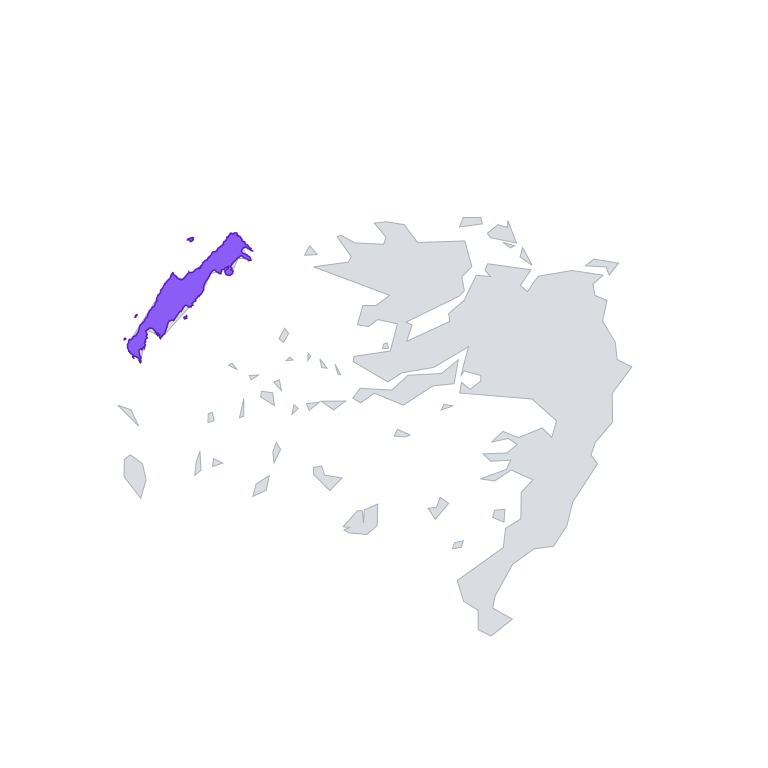 Kritis, Kriti, Greece shown in context, rotated 127°
{"feature_id": "26713481B79456911033966", "entity_name": "Kritis", "entity_type": "district", "adm_level": 2, "iso_a3": "GRC", "parent_name": "Greece", "parent_adm1": "Kriti", "projection": "orthographic", "projection_center": [24.889, 35.249], "detail": "fine", "context": "in_parent", "style": "filled", "palette": "violet", "viewbox_px": 768, "rotation_deg": 127, "n_neighbors": 0, "source": "geoboundaries", "source_scale": "gbopen_adm2", "svg_char_len": 9838}
<svg xmlns="http://www.w3.org/2000/svg" viewBox="0 0 768 768"><g transform="rotate(127 384 384)"><path d="M494.6,140.0L520.9,146.9L523.5,160.9L508.1,172.6L509.6,189.6L496.8,207.2L442.8,190.3L426.2,200.0L409.3,193.6L388.0,209.2L370.9,207.4L376.2,230.7L394.8,237.2L401.8,250.0L378.7,234.9L368.6,236.9L381.4,252.2L380.2,262.7L365.1,244.3L352.3,241.3L352.5,251.8L365.4,263.0L350.3,260.6L346.0,244.5L323.9,231.2L325.6,217.8L309.6,224.1L306.8,256.5L345.6,318.1L336.0,323.1L336.6,312.1L323.5,308.4L318.9,311.7L321.4,318.0L325.5,327.9L331.1,327.5L303.4,339.0L340.8,354.3L364.4,376.5L380.1,382.2L384.6,422.2L379.9,424.5L353.9,398.8L327.8,409.5L336.4,427.9L347.5,430.9L352.6,440.9L334.0,448.1L326.0,437.5L309.8,432.9L332.8,510.8L308.2,485.9L302.0,486.7L294.6,510.1L291.2,508.0L288.7,491.9L272.6,468.3L265.4,470.9L261.3,488.6L252.9,479.5L244.6,463.8L250.8,442.3L221.1,405.5L237.4,384.5L251.5,386.5L261.1,376.0L268.3,376.7L321.4,403.7L320.0,397.1L336.3,391.6L294.5,369.1L288.7,374.8L269.1,370.3L241.6,375.8L234.2,363.8L232.3,371.8L225.6,373.6L204.3,335.3L223.2,334.5L224.0,325.1L205.3,325.8L180.2,302.2L165.3,274.5L178.6,277.3L186.3,268.9L183.1,256.2L202.3,247.3L211.4,224.5L224.1,212.6L221.2,196.4L254.0,196.2L276.9,178.5L303.5,180.1L316.0,176.1L319.4,165.4L364.7,162.3L387.2,152.6L411.7,151.0L425.2,164.9L450.6,172.8L486.3,167.7L497.5,162.4L494.6,140.0ZM371.6,576.0L389.7,571.9L386.3,579.0L400.4,588.7L421.6,584.2L479.9,589.4L483.6,605.3L514.0,591.3L505.4,612.5L426.1,618.9L420.9,607.9L406.7,602.8L356.4,595.5L355.3,575.9L361.2,577.4L365.0,567.4L371.6,576.0ZM341.6,328.2L356.0,343.8L389.2,355.8L397.2,386.2L413.2,391.4L414.0,400.4L401.8,400.5L384.2,374.1L362.6,370.1L341.0,344.4L320.0,339.2L341.6,328.2ZM514.6,307.2L524.1,322.6L524.6,328.1L519.3,325.1L522.6,330.8L501.3,328.9L498.3,325.0L507.3,316.6L496.4,324.0L483.7,316.7L501.2,304.3L514.6,307.2ZM600.6,545.9L593.3,544.1L592.9,529.0L603.8,516.3L621.7,509.5L614.4,535.9L600.6,545.9ZM498.4,386.0L493.1,390.1L487.1,384.4L492.5,376.5L484.3,361.0L501.7,363.1L498.4,386.0ZM191.7,363.0L203.1,387.1L201.4,392.1L188.3,389.0L184.7,379.8L179.0,383.4L191.7,363.0ZM168.4,294.2L158.0,291.6L146.3,269.4L161.5,269.7L156.8,277.0L168.4,294.2ZM461.1,261.6L456.8,274.0L450.9,267.9L440.7,270.9L440.5,260.5L461.1,261.6ZM539.6,414.1L552.7,421.1L541.0,425.9L526.1,420.6L539.6,414.1ZM425.1,217.1L418.2,219.6L411.3,212.0L422.2,205.0L425.1,217.1ZM197.0,401.9L213.2,418.2L203.3,420.9L192.8,407.0L197.0,401.9ZM468.5,474.8L463.5,477.5L458.0,467.6L467.2,458.6L468.5,474.8ZM435.1,408.6L435.4,423.6L420.8,404.5L435.1,408.6ZM565.3,554.6L561.1,583.8L556.9,570.5L565.3,554.6ZM200.6,351.8L191.6,355.4L200.1,337.3L200.6,351.8ZM329.0,525.0L318.3,526.6L320.8,515.2L329.0,525.0ZM548.3,490.7L563.0,478.3L570.8,480.2L559.6,486.9L548.3,490.7ZM495.4,434.8L498.5,427.3L513.3,424.3L505.2,431.9L495.4,434.8ZM450.9,462.1L448.9,473.2L443.6,470.1L450.9,462.1ZM450.2,427.9L446.3,434.0L437.3,424.7L450.2,427.9ZM419.5,344.6L412.1,346.0L409.1,332.5L413.4,335.2L419.5,344.6ZM474.3,230.2L468.2,232.1L461.4,226.3L467.9,224.0L474.3,230.2ZM411.3,489.3L411.0,495.0L399.3,496.9L401.1,490.6L411.3,489.3ZM497.9,479.1L479.8,487.3L494.2,476.7L497.9,479.1ZM403.9,426.6L397.6,435.1L402.7,424.2L403.9,426.6ZM463.6,439.2L454.8,443.3L455.1,437.9L463.6,439.2ZM520.7,501.3L513.4,506.6L509.9,504.1L515.5,497.6L520.7,501.3ZM553.0,471.2L546.3,475.3L544.3,465.3L553.0,471.2ZM408.4,443.7L402.6,450.3L405.6,438.9L408.4,443.7ZM199.2,365.0L199.3,374.4L195.0,362.8L199.2,365.0ZM460.7,492.6L458.3,496.7L452.4,489.7L460.7,492.6ZM370.4,322.7L364.1,324.0L360.2,315.9L370.4,322.7ZM356.6,406.6L351.8,408.2L349.2,406.1L352.9,401.9L356.6,406.6ZM411.0,459.0L405.1,463.2L406.0,459.3L411.0,459.0ZM460.9,509.8L462.5,519.3L458.8,517.9L460.9,509.8ZM424.2,476.2L419.3,475.5L419.6,471.1L424.2,476.2Z" fill="#d9dde1" stroke="#a8b0b8" stroke-width="1"/><path d="M369.3,576.0L367.9,575.6L367.3,575.1L367.3,571.6L367.0,569.4L366.5,568.0L366.5,567.4L367.1,566.5L365.1,564.7L363.6,566.9L363.2,568.5L363.8,570.0L363.3,570.7L363.5,571.7L363.6,572.4L364.0,573.0L364.2,574.5L364.5,575.2L364.0,577.5L363.8,577.9L361.9,578.4L360.2,578.4L359.5,578.2L358.8,577.4L357.7,576.9L357.8,573.9L357.4,573.3L357.3,571.9L357.5,571.4L357.5,570.6L357.1,569.5L356.9,569.3L357.1,570.5L356.7,571.3L356.4,572.7L356.2,572.0L355.8,571.9L356.1,572.9L356.1,574.0L355.6,574.9L355.2,576.4L355.3,577.7L355.8,578.5L355.7,579.3L354.4,580.5L354.3,580.8L354.6,582.0L355.0,582.0L355.1,583.7L354.7,584.3L353.8,584.5L353.7,585.1L354.0,585.8L353.1,586.7L353.1,587.3L352.8,588.1L353.3,588.9L353.0,589.8L353.3,590.3L353.8,590.4L353.8,590.9L353.6,591.2L352.5,591.5L352.0,592.4L353.0,594.1L353.5,594.6L354.6,594.7L355.6,595.2L355.6,595.8L355.3,596.1L355.3,596.6L356.2,597.4L356.3,597.0L356.6,597.0L358.3,597.3L360.3,596.9L361.0,597.2L361.3,597.5L361.1,597.9L361.4,597.9L361.5,597.5L362.1,597.0L362.8,596.9L363.6,597.0L364.3,596.8L365.5,596.9L366.4,597.5L367.4,597.5L368.6,596.4L369.2,596.3L370.6,596.5L372.2,597.2L373.3,597.2L375.4,598.3L376.8,598.0L377.1,597.7L378.7,597.6L379.3,597.8L380.0,598.4L381.0,599.9L382.7,600.3L384.9,599.7L385.7,599.9L387.6,599.7L387.9,600.3L388.7,600.5L391.2,599.9L393.2,601.3L394.4,601.2L396.3,601.8L397.5,601.0L398.4,600.8L400.2,601.2L401.1,600.6L402.3,600.5L402.8,600.7L403.0,601.3L402.6,601.7L403.8,602.2L405.9,603.4L406.7,603.6L407.8,603.4L410.0,604.0L412.0,606.4L412.2,606.9L412.1,607.1L412.9,606.7L413.9,607.3L415.0,607.1L417.1,607.4L418.7,607.3L419.5,607.5L420.0,607.3L420.9,607.7L421.7,607.7L422.5,608.3L423.4,610.2L423.9,613.5L423.1,614.0L423.0,614.7L423.3,615.5L423.2,616.2L423.0,616.7L423.4,617.5L423.1,618.3L422.2,619.1L422.3,619.8L422.9,619.5L423.5,619.7L424.6,619.4L424.9,619.6L425.8,619.6L426.7,618.8L428.5,618.4L431.6,619.2L432.2,619.1L433.3,619.3L434.7,619.0L435.1,619.1L435.2,619.5L435.7,619.6L435.7,619.1L436.0,619.0L438.7,619.1L440.4,618.3L443.4,618.9L443.9,618.7L444.8,617.9L445.7,617.6L447.4,617.5L448.6,617.7L448.7,618.0L449.1,618.1L449.8,617.7L452.2,617.1L453.3,616.5L453.6,616.4L454.0,615.5L454.4,615.2L456.9,615.5L459.3,614.3L460.7,614.5L462.0,615.2L464.0,614.8L467.1,615.4L468.2,614.8L469.5,614.9L470.1,614.4L471.0,614.3L472.3,613.6L476.2,613.8L476.8,613.3L477.7,613.1L480.4,613.7L480.8,613.4L481.2,613.4L482.7,614.0L483.9,614.1L484.9,613.9L486.7,612.9L489.8,611.9L491.8,611.5L493.5,611.7L494.4,611.1L494.9,611.2L495.8,612.1L497.3,612.7L499.5,612.3L500.8,612.5L501.4,613.4L501.2,613.8L501.3,614.1L502.7,614.0L503.9,613.7L504.1,613.2L505.1,612.8L507.0,612.7L508.3,611.2L509.1,611.1L510.7,608.3L511.5,607.5L511.1,606.5L511.8,606.0L512.0,605.5L511.9,605.0L512.1,604.2L511.7,603.1L511.9,601.8L512.4,601.4L513.2,601.5L514.0,600.8L513.9,599.6L513.1,600.4L511.8,599.9L511.2,599.0L511.1,598.5L511.5,598.3L511.5,598.0L510.9,595.2L511.2,594.4L512.3,594.0L512.6,593.2L513.7,592.0L513.6,591.3L513.4,591.2L511.9,591.8L511.9,592.1L512.7,592.1L512.9,592.3L511.4,592.8L511.5,593.0L512.2,593.1L512.3,593.3L512.1,593.5L510.5,593.9L510.3,594.5L509.8,594.3L509.6,593.8L509.0,594.0L508.9,594.3L509.1,594.6L508.4,595.2L508.6,595.7L508.6,596.0L508.1,596.6L507.6,596.8L507.1,597.6L506.4,598.0L505.4,599.5L503.7,599.9L502.2,599.5L501.8,599.1L502.4,597.9L501.9,597.6L501.0,598.2L499.6,598.3L499.0,597.5L499.3,597.1L498.8,597.3L498.5,597.9L497.3,597.6L496.1,598.6L495.8,599.5L495.4,599.8L494.1,600.1L493.9,599.7L493.5,599.7L492.9,600.9L492.5,601.1L490.7,601.2L489.6,600.7L489.3,601.2L489.3,601.8L488.6,602.7L488.0,602.9L487.3,602.7L486.9,602.9L485.6,605.5L484.9,606.2L484.3,606.2L484.2,605.9L483.5,605.9L483.1,605.6L481.6,605.0L479.9,604.9L479.8,604.7L479.9,603.7L479.0,602.3L478.8,601.6L479.3,600.8L479.2,600.2L479.4,599.7L479.2,599.2L479.1,598.5L480.1,598.1L480.5,597.6L480.1,596.8L480.0,595.7L479.6,595.5L479.5,595.1L479.8,593.9L479.7,592.6L481.8,591.4L482.1,590.7L482.2,589.8L481.3,590.1L478.9,590.0L478.1,590.2L475.8,589.4L475.1,589.9L472.0,590.6L470.8,591.4L469.2,591.4L468.3,592.2L467.4,592.3L465.9,593.1L463.1,593.4L462.3,593.2L461.9,592.5L460.8,592.0L460.2,591.2L460.0,590.2L449.2,590.7L448.8,590.6L448.4,589.7L445.6,590.0L446.2,589.5L445.5,589.9L444.1,590.2L442.1,590.3L440.8,590.0L440.5,589.9L440.0,588.9L439.9,587.4L440.3,586.6L440.1,585.9L438.8,585.6L438.7,584.4L437.3,584.9L436.1,583.9L435.4,585.6L435.0,585.7L434.3,585.4L432.8,585.4L431.1,584.3L430.7,584.5L430.4,585.2L428.2,585.5L427.7,585.1L425.5,585.4L425.2,585.2L425.3,584.5L424.4,584.7L423.5,584.4L422.7,584.5L422.4,584.1L420.2,584.2L419.7,584.6L417.6,584.5L415.0,586.6L413.6,587.1L410.9,587.8L408.2,588.2L407.5,588.0L406.4,588.4L405.5,588.0L404.3,588.2L403.7,588.6L403.1,588.4L401.7,588.5L400.8,589.2L397.0,589.0L395.3,588.6L395.1,588.3L394.8,587.2L395.2,585.6L395.2,584.8L394.7,583.6L395.0,582.8L394.9,581.9L394.0,580.6L393.4,580.9L392.8,581.5L392.0,581.4L391.6,582.1L390.8,582.3L389.9,581.8L388.7,580.6L387.1,580.8L386.3,580.2L384.8,579.5L383.9,579.4L383.5,579.1L383.6,578.7L384.3,578.3L386.0,578.2L389.0,579.1L389.7,579.1L389.6,578.6L390.7,578.0L390.8,577.5L391.7,576.0L391.1,574.1L390.2,572.6L389.9,572.4L387.1,571.5L386.0,571.7L385.6,572.2L384.8,572.2L384.3,572.9L384.4,573.6L385.0,574.3L385.1,574.9L383.1,575.0L382.9,576.7L382.6,577.1L381.8,577.5L381.6,577.5L381.4,577.2L379.7,577.8L379.4,577.3L377.4,577.6L376.1,577.1L372.8,576.9L370.9,576.5L370.3,576.0L369.3,576.0ZM386.7,624.1L385.6,623.4L383.4,623.1L383.2,624.1L381.9,624.3L382.5,625.4L385.1,627.2L386.7,628.0L387.3,627.7L386.3,626.6L386.1,626.0L386.4,624.9L386.8,624.6L386.7,624.1ZM450.2,581.1L449.5,581.9L448.4,582.5L448.3,582.9L449.9,583.2L450.8,583.8L451.5,583.8L451.9,582.2L451.6,582.2L450.2,581.1ZM480.9,595.9L481.2,595.6L481.2,594.5L481.6,593.7L480.6,593.1L480.4,593.2L480.3,594.1L480.6,594.9L480.3,595.9L480.9,595.9ZM480.4,623.1L480.2,622.5L478.8,622.9L477.8,622.5L477.3,623.1L477.5,623.4L478.9,623.6L480.0,623.0L480.4,623.1ZM503.8,618.8L504.6,618.5L505.0,618.0L503.6,617.3L503.1,617.7L503.2,618.3L503.8,618.8Z" fill="#8b5cf6" stroke="#5b21b6" stroke-width="1.5"/></g></svg>